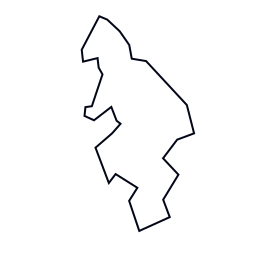 the district of Dustlik, Jizzakh, Uzbekistan, rotated 30°
{"feature_id": "79887680B47043896675236", "entity_name": "Dustlik", "entity_type": "district", "adm_level": 2, "iso_a3": "UZB", "parent_name": "Uzbekistan", "parent_adm1": "Jizzakh", "projection": "robinson", "projection_center": [68.013, 40.475], "detail": "fine", "context": "isolated", "style": "outline", "palette": "ink", "viewbox_px": 256, "rotation_deg": 30, "n_neighbors": 0, "source": "geoboundaries", "source_scale": "gbopen_adm2", "svg_char_len": 534}
<svg xmlns="http://www.w3.org/2000/svg" viewBox="0 0 256 256"><g transform="rotate(30 128 128)"><path d="M195.0,143.2L173.5,136.7L176.4,113.5L187.9,99.6L167.5,78.7L110.2,61.0L96.6,66.1L87.6,55.5L72.5,48.4L55.8,44.5L47.3,45.6L48.8,83.4L55.9,93.0L66.7,82.7L72.4,90.4L79.1,94.3L85.8,127.2L80.7,131.2L84.3,139.3L94.7,138.3L103.0,118.1L114.5,127.4L119.4,128.1L116.9,140.6L109.7,161.3L138.9,185.2L140.3,174.1L166.0,175.1L165.4,190.5L189.2,211.5L208.7,184.3L194.3,172.5L195.0,143.2Z" fill="none" stroke="#020617" stroke-width="2"/></g></svg>